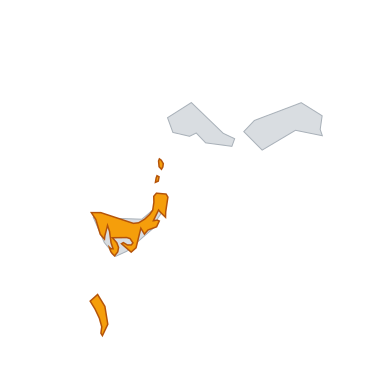 location of Providenciales and West Caicos within Turks and Caicos Islands, rotated 329°
{"feature_id": "TCA-5005", "entity_name": "Providenciales and West Caicos", "entity_type": "state/province", "adm_level": 1, "iso_a3": "TCA", "parent_name": "Turks and Caicos Islands", "parent_adm1": "", "projection": "equal_earth", "projection_center": [-72.259, 21.758], "detail": "fine", "context": "in_parent", "style": "filled", "palette": "amber", "viewbox_px": 384, "rotation_deg": 329, "n_neighbors": 0, "source": "natural_earth", "source_scale": "10m", "svg_char_len": 1503}
<svg xmlns="http://www.w3.org/2000/svg" viewBox="0 0 384 384"><g transform="rotate(329 192 192)"><path d="M334.1,204.4L332.7,210.9L312.5,192.4L273.7,192.2L267.5,166.9L282.3,162.8L331.6,171.7L342.8,193.7L334.1,204.4ZM94.3,163.1L135.0,189.5L159.6,185.6L161.6,191.2L148.3,197.3L145.0,202.2L105.7,209.2L93.3,207.8L90.8,190.0L94.3,163.1ZM256.0,168.3L249.7,173.4L229.0,156.9L226.0,143.6L218.6,143.0L206.3,131.1L209.3,115.7L237.5,115.0L249.0,157.8L256.0,168.3Z" fill="#d9dde1" stroke="#a8b0b8" stroke-width="1"/><path d="M92.7,187.3L91.6,181.0L95.4,166.0L95.1,157.8L103.2,162.7L125.6,188.7L130.4,190.9L137.4,190.9L144.3,189.4L149.0,187.3L154.1,181.1L157.0,176.0L160.9,174.7L168.7,180.4L168.7,184.0L159.2,195.5L156.3,200.0L154.5,193.1L154.1,190.2L144.1,196.7L145.4,197.3L146.7,197.7L147.8,198.3L149.0,200.0L143.7,203.6L134.7,201.9L129.5,203.6L129.5,196.7L115.3,211.0L108.9,212.2L104.9,200.0L107.1,200.0L109.3,204.1L112.7,206.1L115.2,205.2L114.9,200.0L112.7,197.5L100.2,190.2L101.4,196.7L100.5,201.7L97.5,205.1L92.7,206.9L91.9,203.7L91.7,201.5L92.0,199.5L92.7,196.7L93.3,198.8L93.4,199.1L93.8,199.1L95.1,200.0L96.5,193.7L101.0,183.4L102.4,177.1L94.8,184.6L92.7,187.3ZM48.5,233.1L58.3,231.2L58.4,245.2L51.7,262.0L41.2,269.0L41.2,266.1L45.2,261.1L47.6,252.4L48.6,242.3L48.5,233.1ZM179.3,148.2L181.1,146.8L182.0,148.9L182.0,152.9L179.9,155.5L177.5,156.8L176.8,153.4L179.3,148.2ZM168.5,161.5L170.4,160.0L171.6,162.0L168.7,165.3L165.6,164.9L168.5,161.5Z" fill="#f59e0b" stroke="#b45309" stroke-width="1.5"/></g></svg>